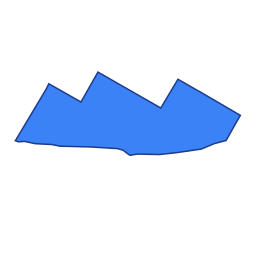 the district of Lake, Ohio, United States of America, rotated 210°
{"feature_id": "52423323B78273597344346", "entity_name": "Lake", "entity_type": "district", "adm_level": 2, "iso_a3": "USA", "parent_name": "United States of America", "parent_adm1": "Ohio", "projection": "natural_earth1", "projection_center": [-81.217, 41.712], "detail": "fine", "context": "isolated", "style": "filled", "palette": "blue", "viewbox_px": 256, "rotation_deg": 210, "n_neighbors": 0, "source": "geoboundaries", "source_scale": "gbopen_adm2", "svg_char_len": 514}
<svg xmlns="http://www.w3.org/2000/svg" viewBox="0 0 256 256"><g transform="rotate(210 128 128)"><path d="M218.7,126.7L218.3,121.3L219.2,60.7L219.0,60.8L216.1,61.2L210.8,64.7L200.6,68.0L185.3,75.8L184.2,76.1L177.7,78.3L150.9,92.9L126.8,104.9L121.2,106.3L115.1,105.5L112.5,105.4L107.0,110.0L87.6,120.7L74.3,130.4L54.0,146.4L45.3,157.8L36.8,166.2L37.0,186.5L37.0,195.1L73.4,195.3L109.1,195.2L109.6,161.7L148.5,161.5L182.0,161.4L181.7,127.0L218.7,126.7Z" fill="#3b82f6" stroke="#1e3a8a" stroke-width="1.5"/></g></svg>